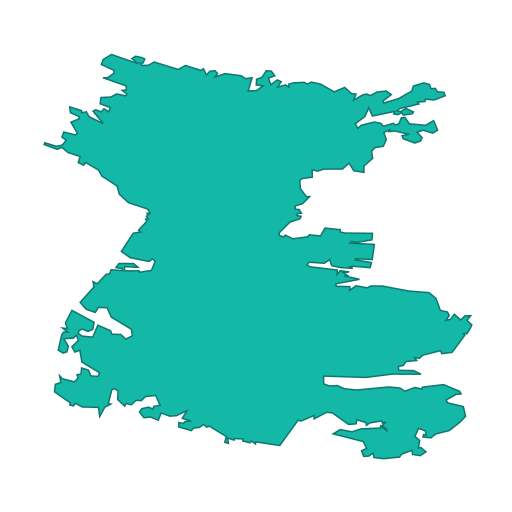 outline of Kvitsøy nor, Norway, rotated 86°
{"feature_id": "86288312B53863768587168", "entity_name": "Kvitsøy nor", "entity_type": "district", "adm_level": 2, "iso_a3": "NOR", "parent_name": "Norway", "parent_adm1": "", "projection": "orthographic", "projection_center": [5.409, 59.066], "detail": "fine", "context": "isolated", "style": "filled", "palette": "teal", "viewbox_px": 512, "rotation_deg": 86, "n_neighbors": 0, "source": "geoboundaries", "source_scale": "gbopen_adm2", "svg_char_len": 5994}
<svg xmlns="http://www.w3.org/2000/svg" viewBox="0 0 512 512"><g transform="rotate(86 256 256)"><path d="M113.7,76.7L111.3,76.2L112.8,67.5L109.3,56.1L105.8,57.1L104.8,63.7L101.3,65.4L101.3,69.7L97.0,71.0L95.0,76.5L97.4,87.2L102.3,89.0L109.0,103.0L112.3,117.9L110.4,118.7L104.4,109.7L100.5,114.7L100.9,123.9L103.9,130.6L102.1,134.5L102.8,138.4L107.4,147.7L101.4,144.9L100.9,149.1L94.0,155.8L97.7,166.5L88.9,179.8L86.4,188.7L88.2,192.8L86.1,195.8L85.9,206.3L86.8,211.2L89.8,211.5L87.4,214.7L89.0,222.8L83.9,218.7L81.8,222.4L86.2,229.3L79.4,231.1L77.6,224.7L72.6,227.8L71.9,232.9L78.3,237.6L79.7,243.1L85.5,243.8L86.7,237.0L91.0,243.9L90.8,252.3L77.9,247.5L78.4,254.0L75.1,258.3L71.9,274.2L74.6,284.5L71.3,281.6L68.3,284.0L68.5,289.2L72.0,292.8L65.5,295.3L67.0,298.1L61.0,313.0L64.5,320.5L55.4,344.0L58.3,350.3L57.9,356.4L55.4,358.3L55.6,355.2L51.7,353.2L50.1,356.1L48.3,362.2L50.4,366.1L56.0,360.1L44.9,386.1L49.4,394.8L54.2,396.9L60.8,384.8L63.9,385.0L67.8,391.7L67.5,396.2L77.3,373.6L81.3,373.8L81.4,378.0L85.3,373.5L87.1,375.0L84.6,383.9L87.3,389.7L87.1,399.6L93.3,400.9L97.8,391.0L101.8,392.8L98.5,397.4L101.4,400.2L99.0,405.7L100.1,408.5L113.3,399.1L105.4,412.8L100.3,415.2L101.0,420.0L98.9,419.8L94.2,431.4L100.1,431.2L104.4,422.9L106.8,422.8L109.6,431.3L121.2,425.6L122.6,427.8L118.9,439.1L123.8,441.3L127.3,437.3L131.8,441.5L132.6,447.6L128.3,458.8L130.0,459.6L135.7,446.9L134.1,442.0L139.7,436.4L144.4,424.5L150.4,426.8L153.4,421.6L150.9,419.4L159.4,406.9L165.5,404.2L176.5,389.7L184.7,388.1L193.9,379.5L201.6,360.8L205.7,358.7L205.9,362.5L206.4,359.4L208.7,362.6L211.7,361.0L211.4,363.5L213.9,362.6L222.0,371.4L224.0,369.3L224.7,376.9L242.1,390.0L248.9,381.6L254.0,363.2L251.6,359.3L254.3,357.0L263.1,361.3L264.1,373.3L262.6,373.6L261.6,388.2L257.4,387.8L259.1,374.5L255.0,378.6L253.9,393.2L257.8,396.5L259.2,390.5L261.3,390.2L259.6,401.5L263.8,403.4L263.7,406.6L272.6,416.3L270.2,420.4L275.6,419.8L290.0,434.7L297.3,429.1L301.1,420.3L296.3,416.8L297.2,408.2L306.9,404.6L320.4,385.4L327.0,384.9L329.8,391.7L324.8,396.4L324.0,405.2L320.4,406.3L314.0,418.6L325.5,424.5L323.8,435.0L320.7,438.8L317.7,437.4L316.9,434.2L319.5,428.9L318.0,424.1L310.9,422.1L297.4,443.4L309.5,450.8L315.2,449.2L314.4,454.0L318.8,448.9L318.4,453.1L321.0,455.3L336.2,459.9L339.4,455.1L338.4,451.3L332.9,449.5L325.1,453.5L325.2,443.9L322.5,440.6L327.9,439.1L333.7,446.0L339.2,443.4L337.7,438.3L349.7,437.1L361.6,420.1L365.1,422.1L364.1,429.0L358.1,431.2L355.5,437.8L361.6,438.8L362.0,442.9L365.3,441.9L368.9,446.1L364.9,457.9L361.7,460.2L368.6,459.5L370.0,465.1L377.4,466.5L389.6,451.5L391.6,452.2L392.8,448.5L390.3,446.6L394.5,439.9L396.0,423.7L405.2,423.1L396.3,417.4L393.6,411.2L392.8,413.6L379.3,409.1L378.5,406.2L381.0,403.0L389.6,404.0L396.6,397.4L394.0,395.8L395.7,390.8L391.6,385.7L392.3,380.5L388.5,376.1L388.1,365.8L398.3,362.1L398.9,368.5L401.5,369.6L399.3,373.6L400.3,380.6L403.5,383.1L409.6,379.0L409.2,372.7L413.0,364.9L406.0,361.6L409.8,353.0L409.7,346.4L405.5,335.7L412.8,340.9L416.2,332.2L416.2,338.3L418.0,340.2L416.7,344.6L421.1,345.1L425.7,332.5L423.3,330.5L423.1,324.5L420.4,319.9L423.3,317.1L422.5,314.4L434.1,298.1L439.6,300.2L441.0,296.5L435.7,297.1L438.1,290.7L436.6,290.2L437.7,281.6L439.7,282.0L441.9,275.0L440.2,273.6L443.5,269.6L441.4,269.2L446.7,245.5L422.8,225.5L423.8,222.6L419.1,209.2L422.5,209.4L416.9,196.6L417.7,190.9L430.5,175.4L430.4,167.8L426.4,166.8L429.9,157.7L432.6,157.7L430.5,154.3L429.3,142.1L431.5,141.6L430.7,137.8L434.0,142.2L437.8,137.9L439.3,137.8L434.2,143.5L436.3,143.8L435.8,163.3L438.1,172.5L435.0,184.2L438.8,191.4L448.6,162.0L455.7,159.0L457.7,164.3L463.4,162.6L463.5,157.6L460.8,153.1L465.3,152.3L467.1,142.8L466.6,126.8L463.9,124.6L460.8,114.1L464.9,113.6L466.6,106.0L463.2,100.1L458.5,105.0L458.9,107.4L451.4,105.6L447.1,110.0L439.3,105.9L442.2,99.4L446.2,98.5L445.8,101.2L448.2,102.1L449.6,94.2L446.1,89.2L443.6,75.4L436.1,64.2L430.5,58.1L420.7,59.7L415.8,75.2L412.9,76.3L408.0,66.1L407.9,61.1L405.2,62.3L397.4,77.8L398.4,99.1L400.3,99.8L398.2,106.6L401.3,117.0L397.8,121.6L395.9,132.4L396.7,165.3L394.5,177.3L390.9,183.9L390.8,191.6L388.3,197.4L380.5,196.9L384.8,154.8L383.3,127.9L385.4,99.7L381.3,106.7L380.0,121.7L376.2,121.5L375.4,116.5L371.8,113.9L371.4,103.0L368.5,105.0L369.4,100.1L366.5,96.4L363.3,78.4L366.4,77.6L365.8,67.1L349.8,53.4L348.0,54.6L348.2,51.0L343.1,47.3L339.7,45.5L335.0,50.1L330.5,46.0L330.3,51.7L334.1,56.3L327.9,62.1L332.7,66.4L333.6,71.1L328.9,67.4L325.2,68.9L323.1,75.9L310.9,79.4L304.6,85.9L301.6,106.1L294.8,131.9L293.9,143.4L295.5,147.4L292.7,158.3L296.8,165.0L293.1,164.5L291.8,178.0L289.3,178.4L286.5,154.4L282.0,169.3L281.8,166.2L278.7,170.1L278.4,164.1L276.5,173.0L280.0,176.3L275.7,175.9L270.5,203.0L268.3,205.8L265.9,203.4L268.0,188.3L264.7,182.8L270.9,181.2L273.5,172.3L275.1,160.2L273.2,164.3L273.0,159.7L275.6,143.0L270.6,141.3L266.8,157.3L265.6,156.9L267.7,140.3L252.7,137.1L249.7,161.4L248.0,160.1L249.5,154.2L248.0,139.2L241.5,138.2L239.3,165.8L237.8,170.6L235.6,170.0L233.0,185.3L240.5,190.2L238.6,201.3L240.5,203.2L241.4,218.1L237.2,225.3L238.9,227.2L237.2,231.2L234.6,231.4L224.6,219.8L222.0,209.7L219.6,208.2L218.4,212.5L216.6,211.9L216.5,207.7L212.7,209.7L212.0,213.7L208.8,213.3L207.1,205.9L200.5,198.4L200.2,201.7L192.0,206.9L183.9,207.1L182.0,205.0L181.3,194.3L174.1,194.0L175.6,188.5L174.0,182.2L175.3,163.7L169.9,156.7L177.8,152.5L180.1,142.5L173.8,142.0L166.7,132.8L159.7,133.4L156.1,129.6L155.5,121.4L149.0,117.9L141.6,119.9L139.5,113.9L141.2,114.8L140.9,109.2L145.3,94.5L146.1,101.9L149.3,101.0L154.4,89.7L152.8,83.9L149.6,82.0L143.7,86.6L142.2,80.5L145.8,71.1L143.1,66.0L133.3,69.4L137.5,77.6L134.8,93.8L128.1,97.8L128.3,101.4L134.0,104.2L135.1,107.9L133.2,109.7L135.5,119.9L132.4,122.1L130.6,128.7L132.9,141.9L135.7,145.5L131.0,147.7L124.3,137.5L116.0,133.2L124.5,130.1L121.4,107.6L123.8,108.8L124.9,105.0L123.3,100.6L125.7,99.3L125.0,90.1L123.3,88.9L119.3,96.0L122.0,101.7L121.1,105.1L119.0,102.6L115.7,82.9L113.7,84.2L113.7,76.7Z" fill="#14b8a6" stroke="#0f766e" stroke-width="1.5"/></g></svg>